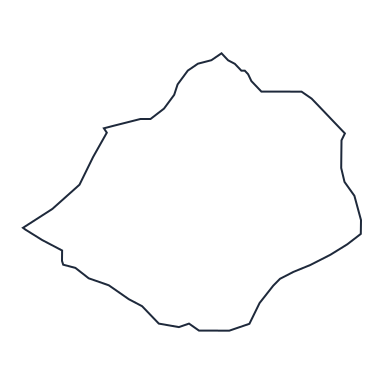 the district of Sunchon City, P'yŏngan-namdo, North Korea
{"feature_id": "82179303B13009461499859", "entity_name": "Sunchon City", "entity_type": "district", "adm_level": 2, "iso_a3": "PRK", "parent_name": "North Korea", "parent_adm1": "P'yŏngan-namdo", "projection": "natural_earth1", "projection_center": [125.947, 39.488], "detail": "fine", "context": "isolated", "style": "outline", "palette": "slate", "viewbox_px": 384, "rotation_deg": 0, "n_neighbors": 0, "source": "geoboundaries", "source_scale": "gbopen_adm2", "svg_char_len": 854}
<svg xmlns="http://www.w3.org/2000/svg" viewBox="0 0 384 384"><path d="M23.0,227.8L25.4,229.6L42.1,240.0L62.1,250.5L62.0,260.9L63.2,264.7L75.4,267.9L88.7,278.3L108.8,285.3L128.8,299.2L142.1,306.2L158.8,323.6L178.9,327.1L189.0,323.6L199.0,330.6L212.4,330.6L229.2,330.7L249.4,323.8L259.6,303.0L273.2,285.7L280.0,278.8L293.4,271.9L310.3,265.0L330.5,254.7L347.3,244.3L360.8,233.9L361.0,220.1L354.4,195.8L344.5,181.9L341.2,168.0L341.3,157.6L341.5,140.3L344.9,133.4L331.6,119.5L321.6,109.0L311.6,98.6L301.6,91.7L284.9,91.6L271.4,91.6L261.4,91.6L251.4,81.1L248.1,74.2L244.8,70.7L241.4,70.7L234.8,63.8L228.1,60.3L221.5,53.3L211.4,60.2L197.9,63.7L187.8,70.6L177.6,84.4L174.2,94.8L164.0,108.6L150.5,119.0L140.4,119.0L127.0,122.4L113.5,125.8L103.9,128.3L106.8,132.7L93.1,157.0L79.5,184.7L52.4,208.9L23.0,227.8Z" fill="none" stroke="#1e293b" stroke-width="2"/></svg>